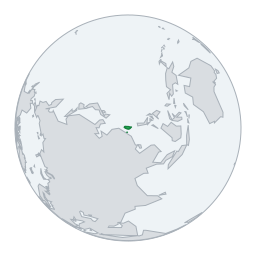 the Earth from above Taiwan, rotated 258°
{"feature_id": "TWN", "entity_name": "Taiwan", "entity_type": "country or territory", "adm_level": 0, "iso_a3": "TWN", "parent_name": "Asia", "parent_adm1": "", "projection": "orthographic", "projection_center": [120.725, 23.601], "detail": "fine", "context": "on_globe", "style": "filled", "palette": "green", "viewbox_px": 256, "rotation_deg": 258, "n_neighbors": 0, "source": "natural_earth", "source_scale": "50m", "svg_char_len": 11169}
<svg xmlns="http://www.w3.org/2000/svg" viewBox="0 0 256 256"><g transform="rotate(258 128 128)"><circle cx="128" cy="128" r="113" fill="#eef3f6" stroke="#a8b0b8"/><path d="M221.0,178.7L220.9,179.4L220.8,179.5L221.0,178.7ZM201.8,42.9L196.3,38.6L196.5,38.6L194.2,36.9L193.7,36.9L194.0,37.4L185.4,34.1L182.8,37.0L185.7,40.4L182.1,38.0L190.2,46.4L191.2,51.1L187.7,44.4L185.6,42.7L185.1,45.0L182.8,43.8L181.3,44.3L178.6,42.8L176.8,39.4L175.0,38.4L174.8,40.1L171.9,39.9L172.5,37.5L167.6,37.1L163.7,32.0L167.6,28.1L163.1,25.3L161.0,21.5L158.9,21.1L156.8,19.8L153.6,19.0L154.1,18.9L151.1,18.4L151.2,18.7L149.9,18.7L148.0,18.4L148.4,18.0L149.4,18.1L148.5,17.8L149.5,17.8L147.9,17.6L148.5,17.4L145.1,17.2L143.3,16.6L144.5,16.7L148.0,17.2L156.3,19.0L164.6,21.5L172.7,24.6L180.5,28.3L188.0,32.6L195.1,37.5L201.8,42.9ZM233.9,99.3L233.0,97.1L233.7,97.6L233.9,99.3ZM232.3,96.4L232.6,97.0L232.3,96.6L232.3,96.4ZM232.0,96.5L232.2,96.4L232.1,96.7L232.0,96.5ZM231.7,96.9L231.8,96.6L231.7,96.9ZM230.9,96.9L230.6,96.9L230.7,96.3L230.9,96.9ZM194.5,37.9L194.0,37.1L195.2,37.7L195.9,38.4L194.5,37.9ZM191.9,37.3L191.0,36.4L193.7,37.9L193.3,37.9L191.9,37.3ZM188.3,43.3L188.3,42.1L189.1,43.7L188.3,43.3ZM181.5,44.7L182.3,45.4L181.2,45.4L181.5,44.7ZM176.0,43.1L174.0,43.0L175.7,42.5L176.0,43.1ZM151.3,17.8L148.7,17.3L147.0,17.0L151.3,17.8ZM172.6,42.6L167.7,42.6L169.0,44.2L162.8,39.9L169.0,41.1L170.9,40.2L171.0,41.5L172.6,42.6ZM152.0,19.0L151.8,18.6L153.8,19.3L152.0,19.0ZM153.6,19.5L161.4,22.2L160.8,22.9L158.3,21.7L158.9,23.0L154.8,21.9L153.5,20.9L154.7,20.7L152.2,20.5L153.6,19.5ZM160.1,37.7L158.7,37.3L159.8,37.1L160.1,37.7ZM149.5,18.8L151.2,19.2L150.8,19.7L147.4,19.0L148.6,19.0L149.5,18.8ZM161.1,24.0L160.2,24.3L156.6,23.5L155.8,23.6L154.6,21.9L161.1,24.0ZM147.8,18.7L145.8,18.6L144.2,18.1L147.9,18.4L147.8,18.7ZM152.1,20.2L151.7,20.4L150.8,20.0L152.1,20.2ZM137.7,16.6L139.7,16.9L139.6,17.2L137.7,16.6ZM145.1,18.7L145.6,18.8L145.8,19.0L144.2,18.9L145.1,18.7ZM152.2,21.5L150.9,21.2L152.5,22.2L149.9,21.8L149.6,20.8L148.6,21.0L147.8,20.9L148.5,20.3L152.2,21.5ZM143.2,19.4L142.0,18.3L138.3,17.6L138.3,17.4L144.1,18.5L143.2,19.4ZM146.2,19.9L144.4,19.5L145.2,19.3L147.1,19.4L146.2,19.9ZM148.2,21.9L152.3,22.8L152.2,23.0L148.2,21.9ZM142.0,19.2L142.3,19.5L141.6,19.2L142.0,19.2ZM146.1,21.1L147.6,21.3L147.4,21.5L146.1,21.1ZM141.8,20.0L141.4,19.6L142.6,19.6L141.8,20.0ZM143.6,20.5L143.1,20.8L143.3,19.9L144.3,20.6L143.6,20.5ZM145.7,21.3L146.1,21.5L145.1,21.1L145.7,21.3ZM137.4,20.2L137.3,19.1L140.0,19.1L139.7,20.2L137.4,20.2ZM36.2,62.7L32.7,68.1L34.6,66.0L31.4,73.8L31.6,76.9L38.0,69.8L37.8,64.4L41.3,59.6L44.4,60.5L45.2,65.9L46.6,64.2L49.1,58.0L52.4,56.7L50.4,55.7L48.9,58.0L47.6,57.6L48.8,55.6L49.9,55.1L50.6,53.0L45.2,56.4L43.1,59.1L42.9,56.5L39.4,60.8L38.3,61.5L43.7,54.6L45.5,52.8L53.1,44.6L51.1,46.1L43.9,54.1L44.8,52.8L42.1,55.5L44.8,52.5L53.3,43.8L54.1,43.0L66.0,33.9L65.1,34.6L67.2,33.6L66.2,34.7L71.4,32.1L71.5,32.4L68.4,33.8L65.7,35.5L63.7,39.0L64.6,39.0L68.1,37.2L67.1,38.6L70.8,36.4L71.7,38.0L73.7,34.4L77.8,32.6L80.8,32.6L82.5,31.5L77.7,31.6L75.5,32.3L73.0,33.9L67.3,35.9L67.0,35.2L74.4,31.1L74.8,30.0L80.3,27.7L89.9,28.0L91.7,29.6L85.5,35.8L82.6,36.2L83.4,34.0L78.7,37.5L81.0,36.5L80.1,37.8L83.9,36.9L83.5,37.8L87.9,35.5L87.8,36.6L85.0,38.0L90.6,38.1L91.6,40.3L93.1,39.9L94.3,38.8L94.8,42.5L95.8,42.1L96.1,40.7L98.4,39.0L102.5,37.6L102.5,38.9L100.9,39.6L97.7,43.3L93.6,45.2L94.0,45.7L97.5,44.4L101.5,39.8L104.1,38.6L102.6,40.7L103.3,39.9L104.5,39.7L105.7,40.9L107.5,38.7L121.2,36.4L124.8,38.9L122.0,40.7L131.5,41.7L134.8,45.1L135.0,43.7L139.7,43.6L138.8,42.5L139.2,41.9L150.9,42.1L153.5,43.5L158.8,42.6L158.9,42.0L157.3,40.9L162.8,39.9L169.0,44.2L168.4,45.4L172.6,47.6L170.7,50.1L171.0,53.4L166.4,55.3L167.1,58.1L168.7,58.7L170.9,63.1L169.7,70.7L163.6,61.9L163.9,51.4L163.2,55.3L161.2,53.7L159.7,54.8L159.3,57.8L160.6,58.5L149.2,61.1L144.2,69.0L149.6,69.2L152.3,72.2L151.4,83.1L138.3,96.4L141.7,101.9L141.4,105.2L137.3,106.7L137.6,101.9L134.2,99.7L135.0,96.9L128.5,98.3L129.4,94.4L123.9,97.7L125.2,101.0L130.5,101.0L125.5,105.9L130.0,112.1L129.7,118.9L119.2,129.5L109.9,131.7L109.2,133.7L105.9,130.8L100.8,134.1L106.4,147.0L106.0,150.4L98.1,155.5L98.1,153.0L89.4,145.1L87.2,152.8L93.8,160.8L96.0,168.9L90.8,165.5L88.5,158.3L85.5,155.3L86.7,148.5L84.9,137.5L79.6,138.3L80.4,134.1L77.2,124.3L69.8,125.1L57.8,132.8L55.5,143.0L51.7,146.3L48.6,129.0L49.9,118.5L47.1,118.2L45.3,107.4L37.3,101.4L37.7,98.4L35.9,98.4L34.9,93.9L36.1,89.1L34.8,88.0L32.0,100.8L33.6,102.1L37.0,99.6L35.8,103.7L36.9,109.1L30.1,115.3L20.8,115.1L22.5,107.1L28.8,82.2L30.1,80.3L30.2,80.0L30.5,79.6L28.4,82.3L30.3,77.8L24.2,93.8L22.0,100.1L20.6,115.5L20.1,116.2L20.5,119.9L24.7,121.9L24.2,124.3L20.6,133.6L17.0,143.0L18.9,154.8L21.2,163.7L21.4,164.4L19.0,156.5L17.2,148.5L16.0,140.4L15.4,132.2L15.4,124.0L16.0,115.8L17.2,107.7L19.0,99.7L21.3,91.8L24.2,84.2L27.7,76.7L31.7,69.6L36.2,62.7ZM43.3,76.4L45.5,79.7L49.1,73.3L50.3,74.2L51.1,71.8L49.4,72.9L52.0,66.8L54.7,66.7L56.7,64.4L56.1,63.2L50.9,64.3L47.1,72.9L44.6,74.2L43.3,76.4ZM77.5,27.3L75.4,28.4L74.5,28.9L77.5,27.3ZM72.3,30.1L72.9,29.8L79.8,26.3L79.2,26.8L78.4,27.1L77.3,27.7L75.6,28.4L68.4,32.6L66.6,33.7L68.0,32.7L72.3,30.1ZM98.4,19.5L101.4,18.7L96.3,20.6L94.1,21.1L95.3,20.4L98.6,19.3L98.4,19.5ZM139.9,16.0L141.3,16.2L141.2,16.2L139.9,16.1L139.9,16.0ZM134.7,15.6L134.9,15.6L139.6,16.0L138.1,15.8L140.9,16.5L146.5,17.6L145.7,17.9L143.5,17.8L142.0,17.6L143.1,17.4L140.3,17.3L140.7,16.9L138.6,16.7L133.4,15.6L134.8,15.7L130.0,15.4L130.5,15.4L134.7,15.6ZM123.3,15.5L124.0,15.4L122.4,15.7L124.9,15.6L122.9,15.8L125.9,15.9L125.3,16.1L127.7,16.8L132.4,17.1L133.3,17.5L131.2,17.5L133.7,18.0L130.3,18.3L130.9,18.7L128.3,19.5L123.8,19.5L124.9,20.0L122.9,20.9L119.1,21.1L121.0,20.3L115.5,21.3L115.8,20.3L115.2,20.5L114.0,20.0L111.4,19.7L112.1,19.3L110.8,19.4L110.0,19.2L108.4,19.3L109.1,18.6L107.3,18.7L108.6,18.4L105.3,18.8L108.1,18.2L107.3,18.1L105.0,18.7L112.4,16.4L112.5,16.4L123.3,15.5ZM136.5,20.4L131.1,20.3L128.6,19.9L134.3,18.6L134.2,18.2L137.8,17.7L141.3,18.5L139.9,18.6L139.4,18.8L138.5,18.4L138.9,18.9L137.1,19.1L136.9,19.5L135.2,19.3L136.5,20.4ZM43.8,53.2L43.1,54.0L42.6,54.8L40.9,56.7L43.8,53.2ZM49.4,47.3L49.2,47.6L47.0,49.8L49.4,47.3ZM51.3,45.6L49.4,47.4L50.8,46.0L51.3,45.6ZM68.4,34.1L68.4,34.4L67.5,34.9L66.5,35.3L68.4,34.1ZM103.0,25.1L104.5,24.4L105.0,24.5L109.0,23.7L109.1,24.5L106.7,25.3L103.0,25.1ZM36.7,70.3L35.3,70.9L35.9,69.6L36.2,69.7L36.7,70.3ZM37.2,63.3L36.0,65.9L36.8,63.8L37.2,63.3ZM103.8,25.8L105.4,25.4L104.4,26.1L103.8,25.8ZM109.4,25.1L108.6,25.9L109.6,24.5L109.4,25.1ZM69.5,223.9L71.8,225.3L70.7,224.7L69.5,223.9ZM25.7,169.8L30.0,183.1L28.6,181.0L26.1,175.8L22.9,167.1L23.7,166.8L23.5,163.5L25.7,169.8ZM124.6,189.6L128.1,190.3L128.0,190.7L124.6,189.6ZM120.9,187.7L124.9,188.2L120.3,188.6L120.9,187.7ZM126.4,188.4L130.5,187.8L132.2,187.1L131.9,188.1L126.4,188.4ZM118.3,187.5L103.9,185.6L98.4,183.5L99.6,182.0L108.6,183.8L118.3,187.5ZM99.2,181.9L90.8,175.5L79.8,158.7L83.7,159.8L95.3,171.0L94.5,172.3L99.6,177.1L99.2,181.9ZM119.8,175.6L119.0,180.1L111.1,178.8L107.5,177.6L105.0,171.4L106.4,168.6L109.3,169.1L121.0,160.2L125.0,163.2L121.3,167.1L124.6,171.4L119.8,175.6ZM55.8,144.1L57.4,151.1L55.4,151.4L55.8,144.1ZM126.0,153.4L121.1,157.5L125.7,151.9L126.0,153.4ZM128.9,147.9L129.0,150.3L127.2,147.8L128.9,147.9ZM108.8,137.0L105.7,137.1L105.7,135.4L109.7,134.3L108.8,137.0ZM129.4,124.7L128.8,129.6L128.0,131.2L126.9,128.1L129.4,124.7ZM106.7,34.3L101.0,34.3L97.0,35.3L94.8,37.3L95.5,34.8L101.7,33.2L106.7,34.3ZM119.4,35.9L121.3,34.5L122.2,35.3L121.8,35.7L119.4,35.9ZM119.4,34.9L118.7,32.8L120.8,32.2L121.0,33.9L119.4,34.9ZM111.0,28.7L109.3,28.6L110.1,28.0L111.0,28.7ZM194.5,216.9L195.6,216.8L192.3,219.4L187.9,222.4L184.0,224.2L194.5,216.9ZM162.9,228.7L162.8,226.5L167.4,225.8L165.5,227.9L162.9,228.7ZM197.5,214.6L200.4,211.7L201.5,209.1L201.1,211.2L203.4,210.1L196.5,216.2L197.5,214.6ZM145.7,219.7L123.7,224.2L118.8,223.1L119.8,221.0L115.0,213.6L116.6,213.9L115.3,208.8L128.2,205.2L137.4,196.9L144.8,197.7L150.3,191.3L158.0,191.7L155.7,196.8L163.8,199.9L169.1,188.3L174.1,200.0L180.1,203.4L181.9,210.1L171.7,222.0L165.8,224.6L164.6,223.8L162.1,225.1L158.2,225.0L155.9,221.8L153.5,223.0L155.8,220.3L152.3,222.7L150.2,220.6L145.7,219.7ZM200.5,194.3L201.7,194.3L203.5,195.7L201.7,195.9L200.5,194.3ZM218.1,182.3L218.6,183.0L217.4,183.7L218.1,182.3ZM220.8,179.5L219.4,180.5L221.0,178.7L220.8,179.5ZM206.6,186.1L207.2,186.7L206.7,187.1L206.6,186.1ZM206.1,186.0L206.8,184.7L206.7,185.9L206.1,186.0ZM200.5,180.8L201.2,180.0L201.6,180.5L200.5,180.8ZM133.3,190.7L138.1,187.6L140.8,187.4L133.3,190.7ZM199.5,179.7L197.8,179.9L197.9,179.2L199.5,179.7ZM199.6,178.1L199.4,177.2L200.5,179.2L199.6,178.1ZM196.2,176.6L198.4,177.9L196.0,176.8L196.2,176.6ZM194.9,177.0L193.4,176.5L193.5,176.2L194.9,177.0ZM177.5,180.3L183.3,185.4L178.7,185.6L173.4,182.5L169.5,186.0L160.4,185.8L162.4,183.7L161.2,180.6L151.9,179.4L150.0,177.3L153.3,175.9L147.2,174.1L153.8,173.3L156.6,177.6L160.4,174.2L167.0,174.9L173.5,176.1L178.7,178.9L177.5,180.3ZM153.9,182.7L155.1,182.7L154.1,183.9L153.9,182.7ZM190.4,174.6L192.7,176.3L192.4,176.9L191.3,176.7L190.4,174.6ZM179.9,178.1L185.5,174.1L186.9,174.1L183.2,178.4L179.9,178.1ZM184.1,172.0L186.8,172.2L188.2,174.1L187.7,174.6L184.1,172.0ZM140.3,178.4L140.0,179.6L138.3,178.6L140.3,178.4ZM142.5,177.8L147.7,179.2L142.0,178.8L142.5,177.8ZM126.9,172.7L128.4,175.6L133.1,174.2L129.5,176.5L132.8,181.3L131.7,183.0L128.5,177.8L127.4,182.8L125.3,182.6L124.2,178.1L126.2,172.8L128.3,170.7L136.9,170.4L126.9,172.7ZM142.5,174.3L141.1,171.0L142.1,168.8L143.6,170.6L142.5,174.3ZM137.1,162.7L133.6,158.6L130.3,159.8L137.1,154.8L139.3,159.6L137.1,162.7ZM134.3,153.9L131.2,155.0L134.5,152.1L134.3,153.9ZM130.5,153.6L130.2,150.9L132.6,151.4L130.5,153.6ZM135.9,154.1L136.6,149.5L137.7,152.3L135.9,154.1ZM129.5,144.6L134.4,149.5L127.8,147.1L128.0,138.0L130.8,138.0L129.5,144.6ZM148.2,109.3L147.7,106.7L150.4,106.3L150.0,108.2L148.2,109.3ZM158.8,103.4L151.0,105.4L144.7,107.3L146.4,108.6L144.7,112.9L142.2,108.6L146.9,104.1L151.7,103.5L152.7,99.9L156.4,97.7L156.1,93.2L157.8,91.4L159.5,95.4L158.8,103.4ZM155.8,91.4L156.6,83.7L161.5,85.1L162.4,87.1L160.0,89.9L157.5,89.0L155.8,91.4ZM158.2,82.4L155.9,81.5L152.1,70.4L152.5,68.5L158.0,77.2L156.0,76.9L156.1,79.5L158.2,82.4ZM158.9,38.1L158.7,37.4L159.8,38.1L158.9,38.1ZM138.6,41.3L139.4,40.5L140.6,41.2L138.6,41.3ZM142.4,38.9L140.4,38.6L142.5,38.3L142.4,38.9ZM135.9,38.4L139.6,38.3L136.0,39.2L135.9,38.4Z" fill="#d9dde1" stroke="#a8b0b8" stroke-width="1"/><path d="M128.5,129.9L128.4,130.2L128.3,130.4L128.3,130.6L128.3,130.9L128.3,131.1L128.2,131.3L128.0,131.2L127.9,131.1L127.9,130.8L127.8,130.5L127.7,130.4L127.4,130.2L127.2,129.9L127.1,129.7L127.0,129.2L126.9,129.1L126.8,128.9L126.9,128.6L127.0,128.4L126.9,128.1L126.9,127.9L127.0,127.8L127.8,126.3L128.1,126.0L128.2,125.8L128.3,125.6L128.4,125.4L128.6,125.2L129.1,124.9L129.3,124.8L129.4,124.7L129.5,124.7L129.6,124.8L129.8,124.9L130.0,125.0L130.1,125.3L130.0,125.6L129.9,125.7L130.0,125.9L130.0,126.2L129.8,126.6L129.6,127.0L129.5,127.5L129.4,127.9L129.4,128.3L129.2,128.8L129.1,129.0L128.8,129.6L128.5,129.9ZM123.9,126.2L123.9,126.3L123.7,126.3L123.6,126.2L123.7,126.3L123.9,126.2Z" fill="#22c55e" stroke="#15803d" stroke-width="1.5"/></g></svg>